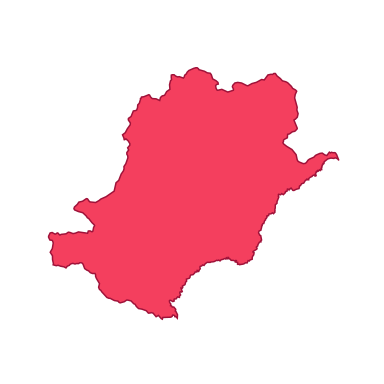 San Agustín, Huila, Colombia (Albers equal-area conic projection), rotated 80°
{"feature_id": "7082276B97741553625130", "entity_name": "San Agustín", "entity_type": "district", "adm_level": 2, "iso_a3": "COL", "parent_name": "Colombia", "parent_adm1": "Huila", "projection": "albers", "projection_center": [-76.402, 1.927], "detail": "fine", "context": "isolated", "style": "filled", "palette": "rose", "viewbox_px": 384, "rotation_deg": 80, "n_neighbors": 0, "source": "geoboundaries", "source_scale": "gbopen_adm2", "svg_char_len": 5970}
<svg xmlns="http://www.w3.org/2000/svg" viewBox="0 0 384 384"><g transform="rotate(80 192 192)"><path d="M186.4,41.9L180.3,43.1L178.4,44.0L178.0,44.7L177.8,46.4L177.1,47.7L177.5,48.8L176.6,49.8L179.5,52.9L178.5,54.8L176.3,57.0L176.2,59.3L177.0,62.7L177.4,64.0L178.9,66.0L180.0,70.6L180.8,72.2L182.8,74.2L183.5,75.5L183.4,77.5L181.1,81.2L179.9,82.4L178.6,82.8L173.3,83.0L167.5,86.2L163.5,90.8L160.6,93.4L159.3,93.9L158.0,93.1L156.9,92.9L156.3,92.3L155.2,88.7L151.8,87.8L151.7,85.9L150.1,82.6L150.1,80.7L149.8,79.7L148.0,77.4L147.3,77.3L139.0,79.1L138.5,78.8L138.3,77.6L136.6,75.3L133.3,73.9L129.5,74.5L126.8,73.7L117.2,74.6L113.9,73.4L110.9,71.4L109.5,72.3L107.4,74.9L105.2,75.8L101.0,78.8L99.7,80.5L98.2,83.7L95.6,85.3L92.5,88.1L89.8,89.3L89.5,90.8L90.2,92.3L89.8,93.8L89.9,96.9L94.2,101.4L93.3,103.9L95.2,109.6L95.6,114.1L97.1,118.5L96.7,119.6L93.3,124.2L92.0,127.9L92.1,130.9L94.0,133.3L95.4,134.0L97.8,133.3L99.0,133.6L99.8,139.4L96.1,144.8L96.3,149.0L96.0,149.6L94.1,150.3L91.4,150.3L90.4,149.1L90.3,147.4L88.6,147.4L86.5,149.1L84.2,152.0L79.9,152.6L78.2,153.4L77.3,156.3L75.3,158.7L72.7,164.0L71.8,164.2L70.5,165.4L70.3,166.5L70.5,168.8L71.8,174.0L73.2,176.0L74.7,177.1L75.7,178.9L77.7,179.9L78.3,180.7L76.2,184.5L76.2,186.1L75.0,188.0L73.4,189.3L73.1,191.2L73.3,192.1L75.9,192.6L77.7,192.6L78.8,193.9L82.5,195.5L87.0,195.9L88.7,199.5L92.0,202.2L92.2,204.7L93.4,206.6L96.3,207.9L94.0,211.2L93.1,214.9L91.6,216.1L89.1,217.0L88.7,217.7L89.8,222.9L89.7,225.2L90.5,225.5L90.9,226.5L91.8,226.6L95.5,228.5L96.8,230.3L99.5,231.0L101.6,232.2L102.0,233.1L102.0,235.7L107.1,238.9L108.4,241.7L109.1,242.1L110.3,242.1L113.3,240.7L115.1,241.2L118.4,244.6L122.0,247.4L123.6,250.5L127.0,249.7L128.7,249.7L128.8,249.2L128.2,247.9L130.5,246.0L133.6,244.8L135.1,245.1L137.3,247.7L139.6,247.1L141.8,249.3L143.5,249.6L145.2,249.0L147.2,249.2L152.7,252.3L155.1,254.6L157.4,254.9L159.3,255.9L162.0,258.6L167.8,262.1L169.7,265.2L177.6,268.5L181.7,277.4L183.1,283.0L184.3,285.1L185.6,288.7L184.1,294.1L183.4,294.8L180.6,296.1L180.2,297.2L182.1,301.4L182.3,305.2L184.2,307.0L186.4,310.4L188.0,311.2L189.3,310.7L191.5,307.3L193.4,303.2L197.1,300.4L199.2,299.5L200.2,298.3L204.9,295.8L207.3,294.0L208.3,293.8L209.7,295.0L213.3,296.4L213.8,297.4L212.6,299.2L212.4,300.9L214.5,302.0L211.6,310.8L212.3,314.0L212.3,316.4L210.6,319.3L210.1,320.8L211.3,323.3L211.0,328.2L211.4,329.4L211.3,329.8L209.0,331.3L209.0,332.1L209.7,333.6L209.7,334.2L207.6,336.8L207.7,338.8L210.6,340.9L211.7,341.1L214.6,340.3L215.3,338.2L216.0,337.8L218.1,337.5L223.5,339.4L226.7,342.1L230.6,340.5L234.5,341.1L238.3,340.9L239.6,341.4L241.0,338.5L240.9,336.6L242.2,334.4L243.5,331.0L244.9,329.3L243.4,327.7L242.9,325.5L242.0,324.5L241.7,323.3L241.6,321.7L242.6,319.7L242.4,318.2L242.8,316.0L242.2,314.9L242.4,313.4L243.1,312.4L244.3,311.8L248.8,311.0L250.8,309.0L251.6,307.6L253.8,306.1L255.0,304.1L255.4,301.7L256.7,301.3L258.4,301.6L260.6,301.1L266.2,299.0L269.5,300.5L270.3,300.4L272.0,300.0L272.9,298.9L274.5,298.3L281.1,294.1L282.3,292.2L282.5,291.1L285.4,287.3L286.6,283.9L288.0,283.0L288.7,282.0L288.3,277.7L287.1,275.2L287.3,274.0L288.7,270.9L291.9,268.8L292.7,267.5L295.0,266.7L297.5,264.9L298.7,261.6L301.0,257.6L303.7,256.0L303.9,254.2L303.7,253.2L304.5,251.4L308.6,249.0L307.7,246.5L311.4,244.2L312.1,243.3L310.5,242.5L311.6,234.6L311.1,233.2L310.0,232.6L309.8,232.1L310.6,230.6L311.8,230.5L311.9,229.6L313.7,228.4L310.3,227.6L306.8,228.6L306.4,229.1L304.7,228.4L302.1,229.9L301.9,231.4L300.6,231.9L300.2,232.9L298.7,232.3L296.9,233.2L295.3,233.2L294.9,232.9L295.0,231.7L296.5,230.1L296.5,229.0L296.2,228.4L295.4,228.6L294.3,228.0L294.5,226.2L292.8,224.5L293.6,222.7L292.1,222.2L291.4,221.1L289.5,221.6L288.5,221.3L288.3,220.8L288.7,219.7L288.4,218.9L284.7,219.5L285.0,218.2L284.4,217.7L283.0,217.8L282.0,215.0L279.6,213.9L278.9,212.8L276.8,212.6L276.5,209.7L275.8,208.9L274.2,208.3L273.5,207.5L273.6,205.3L272.2,203.4L271.3,202.8L271.6,201.2L270.1,200.5L270.3,200.1L271.4,199.6L271.4,199.2L269.8,198.2L269.1,197.2L267.4,197.3L266.7,196.9L266.5,195.3L265.7,194.2L266.4,192.9L265.0,191.5L263.9,189.3L264.5,186.2L264.2,185.7L264.4,183.2L264.3,181.9L263.5,179.6L263.9,179.1L263.7,177.4L264.4,177.0L264.7,176.2L263.7,175.0L263.7,173.1L263.2,171.7L263.8,170.5L262.9,169.9L262.6,169.0L263.9,168.9L263.0,167.4L264.3,167.2L264.4,166.4L266.1,165.3L266.6,162.9L267.4,161.9L267.0,160.8L267.2,160.3L268.5,161.3L269.2,159.3L271.0,159.7L271.3,159.3L271.3,158.1L272.0,157.5L271.7,156.6L271.9,155.6L271.8,153.4L271.0,151.6L271.4,150.0L269.3,148.6L269.9,147.5L269.0,146.6L268.7,144.4L266.8,144.0L265.8,143.4L264.7,142.2L262.6,141.4L261.7,142.4L261.2,142.2L259.5,138.1L258.7,137.7L257.5,138.2L257.2,138.0L256.5,136.6L255.4,136.3L253.1,134.3L253.0,132.7L252.1,132.8L251.4,131.8L246.9,131.9L246.2,132.9L245.4,132.9L244.4,133.5L243.2,133.4L241.9,132.5L241.7,130.9L238.9,129.6L237.7,129.4L237.4,128.7L236.4,128.6L235.5,127.7L235.5,126.8L232.9,125.5L232.2,124.4L231.3,124.3L230.8,123.3L229.6,122.4L229.1,122.6L228.4,122.2L228.6,120.7L227.0,120.0L227.2,118.0L226.5,116.4L227.5,115.5L226.1,113.7L225.4,113.9L224.4,113.4L223.3,113.4L222.3,112.8L219.1,112.2L217.8,110.2L216.3,110.0L212.1,107.4L211.3,107.7L211.1,107.4L209.8,107.5L209.3,107.1L210.1,105.2L209.2,103.9L210.5,102.5L208.8,100.1L208.3,100.2L207.7,99.6L207.7,98.3L205.7,97.5L206.1,96.5L206.9,96.1L206.1,95.5L206.2,95.0L205.6,94.5L205.4,93.7L207.9,92.4L208.2,91.4L207.4,88.8L207.2,86.0L204.7,85.0L204.5,84.0L202.9,82.7L202.6,80.4L200.1,78.2L200.0,77.2L199.3,76.6L200.2,75.8L200.2,74.9L199.2,74.9L198.1,73.2L197.5,71.0L196.9,70.6L196.6,69.7L196.5,68.3L196.8,68.0L197.7,68.0L197.6,67.1L197.0,66.8L196.5,67.3L195.0,67.1L194.6,66.4L193.7,66.2L193.6,65.2L193.1,65.3L192.6,64.4L193.3,63.8L192.3,62.7L193.1,62.0L192.5,61.4L192.5,60.4L191.6,60.3L191.1,60.7L190.1,59.7L189.3,59.7L189.0,59.3L188.0,59.0L187.7,58.2L186.7,58.0L186.8,57.1L185.2,56.6L183.0,52.6L182.7,49.3L183.6,46.4L183.3,46.0L183.4,44.5L184.8,42.7L186.4,41.9Z" fill="#f43f5e" stroke="#9f1239" stroke-width="1.5"/></g></svg>